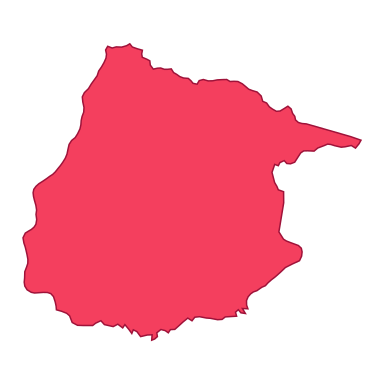 the district of Santa Tereza do Tocantins, Tocantins, Brazil
{"feature_id": "56859067B62208923479169", "entity_name": "Santa Tereza do Tocantins", "entity_type": "district", "adm_level": 2, "iso_a3": "BRA", "parent_name": "Brazil", "parent_adm1": "Tocantins", "projection": "orthographic", "projection_center": [-47.736, -10.292], "detail": "fine", "context": "isolated", "style": "filled", "palette": "rose", "viewbox_px": 384, "rotation_deg": 0, "n_neighbors": 0, "source": "geoboundaries", "source_scale": "gbopen_adm2", "svg_char_len": 2820}
<svg xmlns="http://www.w3.org/2000/svg" viewBox="0 0 384 384"><path d="M361.0,140.2L350.6,136.6L306.4,123.9L301.9,123.5L298.4,122.5L295.5,119.9L294.8,116.4L292.6,113.4L291.1,108.9L287.9,106.2L283.6,108.9L280.1,111.0L276.4,111.3L272.5,109.1L269.3,106.8L266.6,103.0L262.7,101.3L261.2,96.0L257.1,92.0L252.4,90.6L248.7,89.2L245.7,86.6L242.3,83.8L237.9,81.5L234.0,81.3L230.1,81.5L226.7,79.5L222.5,79.6L217.2,79.9L212.6,80.8L208.2,80.9L203.3,79.5L199.2,80.6L197.1,84.2L193.0,83.3L191.0,80.8L188.3,78.4L183.5,78.0L179.8,76.6L176.6,74.3L173.6,72.6L171.3,68.9L167.6,69.3L164.3,69.3L160.7,68.0L157.4,68.2L153.3,69.1L150.3,65.1L149.8,60.8L146.8,59.2L142.3,57.3L141.7,54.0L142.4,50.2L137.4,48.8L132.3,47.0L129.8,43.8L126.6,45.7L121.7,47.1L116.2,46.9L112.2,48.0L107.7,46.3L105.6,50.0L106.5,54.2L106.0,58.1L104.0,62.6L101.6,66.8L98.7,71.0L97.2,75.7L94.5,79.5L91.4,83.8L88.5,88.6L84.4,92.6L82.3,96.9L82.8,101.9L84.0,107.5L83.7,112.2L82.1,116.4L81.2,120.4L80.9,124.7L80.0,128.8L77.6,133.8L75.2,137.6L71.6,140.5L69.1,144.4L68.0,149.2L67.0,154.1L65.3,158.2L62.7,162.4L60.4,165.6L58.0,168.5L55.3,171.9L52.7,174.4L49.6,176.4L46.8,178.5L43.3,180.9L38.9,183.7L36.0,186.3L33.8,189.3L33.1,192.7L33.5,196.3L34.4,200.1L35.9,205.4L36.6,210.1L36.0,214.4L36.7,219.6L35.9,224.3L34.0,227.2L31.3,229.5L28.5,231.1L25.3,233.1L23.0,237.8L23.9,243.0L25.2,246.9L26.0,250.1L27.0,254.5L27.9,259.5L27.8,263.4L26.6,267.0L24.8,271.7L24.6,278.0L24.2,282.2L24.8,286.1L27.1,289.8L31.2,292.3L34.5,293.0L38.9,292.7L43.4,292.4L47.5,292.5L50.8,293.6L53.5,296.6L55.2,301.9L56.1,306.1L56.4,309.8L61.7,311.3L66.7,313.3L69.6,315.8L72.2,322.5L77.5,325.3L82.9,325.5L87.4,325.5L92.7,325.5L95.6,323.2L100.9,320.7L104.4,324.6L113.2,326.6L117.8,324.2L122.7,327.9L124.9,324.6L128.8,329.3L131.8,333.5L133.3,329.8L136.9,331.6L140.6,336.6L147.3,335.0L152.1,334.8L151.7,340.2L154.7,339.0L157.4,336.6L156.8,332.8L160.9,329.5L165.2,330.6L168.3,332.8L170.4,329.6L174.8,329.4L179.4,325.3L183.1,321.9L187.8,318.1L192.0,320.8L194.8,317.2L199.5,316.7L206.3,318.0L210.3,318.3L217.6,319.7L222.1,319.4L225.3,316.9L236.6,316.2L235.5,312.2L238.3,309.7L240.9,312.8L245.4,313.5L242.4,308.5L247.9,308.8L246.6,305.1L246.5,300.6L248.1,296.8L250.6,293.9L253.4,291.9L256.9,290.7L261.7,287.3L265.4,285.7L268.0,282.8L271.4,279.8L275.3,276.8L280.7,272.0L285.4,267.5L292.3,264.0L299.5,260.7L301.6,256.2L302.1,251.9L301.3,248.2L298.4,245.5L290.5,242.6L286.4,241.0L283.5,239.2L278.9,231.9L283.7,202.8L283.6,191.7L278.3,189.8L276.9,186.4L274.6,182.5L272.0,172.4L273.5,168.0L274.7,164.4L278.3,165.7L279.9,162.6L284.2,160.6L286.8,163.5L290.5,163.8L294.7,162.2L298.3,156.6L300.7,152.9L303.7,150.9L307.6,150.8L314.1,151.1L317.8,148.0L324.4,145.5L327.6,144.1L330.9,144.5L334.7,145.7L341.2,147.2L345.1,146.8L351.3,145.5L355.5,148.1L359.0,143.8L361.0,140.2Z" fill="#f43f5e" stroke="#9f1239" stroke-width="1.5"/></svg>